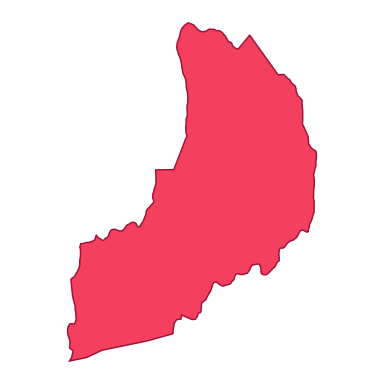 San Isidro, Heredia, Costa Rica (Equal Earth projection)
{"feature_id": "36466004B23001731443143", "entity_name": "San Isidro", "entity_type": "district", "adm_level": 2, "iso_a3": "CRI", "parent_name": "Costa Rica", "parent_adm1": "Heredia", "projection": "equal_earth", "projection_center": [-84.042, 10.03], "detail": "fine", "context": "isolated", "style": "filled", "palette": "rose", "viewbox_px": 384, "rotation_deg": 0, "n_neighbors": 0, "source": "geoboundaries", "source_scale": "gbopen_adm2", "svg_char_len": 5878}
<svg xmlns="http://www.w3.org/2000/svg" viewBox="0 0 384 384"><path d="M249.7,35.2L238.7,48.4L237.1,49.1L235.2,48.1L235.0,47.8L233.1,46.5L232.2,44.8L232.0,43.9L231.3,42.7L230.1,42.0L229.0,42.0L228.4,41.7L227.9,40.5L227.2,39.5L227.2,39.1L226.1,37.9L226.1,37.5L225.1,35.8L224.7,35.6L222.5,32.8L220.8,31.5L220.1,31.3L219.7,30.8L219.0,30.8L218.5,30.6L216.4,30.6L214.0,29.3L209.1,29.2L207.8,30.1L207.4,30.2L206.9,30.6L206.7,30.9L206.0,31.0L205.6,31.5L204.2,31.5L203.6,31.7L201.5,31.7L198.4,30.1L196.9,28.5L195.5,27.2L195.3,26.8L194.7,26.4L193.9,25.2L192.3,24.4L188.7,23.0L187.7,23.0L187.2,23.5L186.9,23.5L185.4,24.9L185.1,24.9L184.6,25.5L184.3,25.6L183.9,26.2L183.6,26.4L182.3,27.9L181.9,29.0L181.4,29.5L180.7,31.4L180.6,32.3L180.2,33.0L180.2,33.5L179.9,34.1L179.9,35.0L179.6,36.2L179.6,36.6L179.2,37.1L178.7,39.0L177.3,42.5L177.3,43.4L177.0,44.0L176.8,47.6L177.1,49.8L177.9,51.7L178.2,53.4L178.8,55.0L179.3,55.7L179.4,56.5L179.9,57.1L179.9,57.5L180.7,60.0L180.8,60.9L181.1,61.7L181.4,63.4L181.8,66.2L181.8,67.1L182.4,69.7L183.0,73.1L183.5,74.7L184.1,75.7L185.5,78.9L186.1,82.0L186.1,83.8L186.3,84.0L186.3,87.7L186.8,89.3L186.8,90.2L187.5,92.1L187.5,93.0L187.8,94.5L187.8,102.3L187.5,104.0L187.2,104.6L187.1,105.5L187.0,108.5L187.1,109.3L187.2,110.6L187.3,111.0L187.3,116.0L187.2,116.4L186.8,117.0L186.8,117.5L186.3,118.3L186.1,119.1L186.1,124.2L185.8,127.2L186.0,133.0L186.7,134.9L187.0,135.1L187.0,136.4L184.9,140.5L184.9,141.0L173.8,169.6L155.7,169.9L156.0,176.7L156.0,182.9L155.8,184.2L154.0,189.9L153.9,191.1L153.4,192.8L153.1,193.1L152.8,194.5L152.8,198.0L153.1,199.3L153.5,200.1L153.7,200.9L153.7,202.1L153.2,202.9L152.8,203.3L151.5,204.8L151.1,205.0L150.8,205.6L149.8,206.6L149.7,207.0L147.8,208.8L147.4,209.5L147.2,209.5L147.2,209.8L146.8,210.1L146.1,211.8L146.0,214.3L145.6,215.3L145.4,215.6L144.7,217.1L144.2,218.9L143.4,220.5L143.4,220.8L141.0,224.5L140.5,225.6L140.3,225.6L139.5,226.8L138.7,226.9L137.5,226.4L136.8,225.4L136.2,223.7L134.5,222.4L131.6,222.4L128.7,224.3L127.6,224.7L126.5,225.6L124.9,228.0L122.1,230.9L120.6,230.9L120.0,231.2L119.2,231.0L118.5,230.5L117.0,230.2L115.4,229.4L112.5,229.4L111.2,230.0L110.6,230.9L110.3,231.2L109.3,233.1L108.4,235.8L108.0,236.7L106.7,237.8L106.4,237.8L105.9,238.2L105.5,238.2L104.8,239.1L103.5,240.4L102.4,240.3L101.2,239.4L98.4,237.8L96.3,235.3L94.7,239.7L94.3,240.3L93.9,240.4L93.4,240.8L91.2,241.7L88.2,242.4L86.9,242.4L86.1,242.7L85.2,242.7L84.8,243.0L82.9,243.6L80.7,243.8L80.4,244.7L80.3,245.8L79.8,246.7L79.9,247.6L80.3,248.4L80.5,250.5L80.5,255.5L80.4,256.6L80.1,258.0L79.7,261.0L79.8,265.3L79.7,265.7L79.5,265.8L79.2,267.3L78.4,269.2L77.2,271.8L76.9,272.4L76.4,272.9L75.7,274.5L75.2,275.1L75.2,275.3L74.3,276.7L71.9,278.3L70.9,279.6L72.6,296.3L75.2,306.3L75.2,309.5L75.7,312.1L75.7,313.0L75.9,313.7L75.9,316.4L76.1,316.8L76.1,319.6L75.9,319.9L75.9,320.4L75.7,320.6L75.7,321.1L75.5,321.3L75.5,321.8L74.5,323.7L73.9,323.9L71.8,323.9L71.6,323.7L70.5,323.7L69.6,324.3L68.6,325.9L67.8,327.8L67.6,333.2L68.0,334.4L68.0,334.9L68.5,336.5L68.8,337.0L69.0,338.3L69.2,338.6L69.9,340.9L69.9,345.9L69.8,346.4L69.5,347.1L69.5,347.6L69.8,348.2L71.5,349.5L72.0,350.0L72.3,350.0L72.7,350.6L73.0,351.2L73.0,352.1L72.1,355.0L71.7,357.1L70.7,359.4L70.5,359.6L70.2,359.6L69.5,361.0L86.6,357.5L102.1,350.2L147.5,340.8L173.0,333.7L173.0,330.5L173.5,328.1L173.7,326.4L174.0,325.5L174.1,324.1L174.4,323.0L175.9,320.9L176.4,319.9L177.2,319.5L180.9,319.1L181.4,317.3L181.6,315.1L192.0,319.5L194.5,319.4L195.7,319.0L196.0,318.3L197.6,315.9L198.1,313.3L198.3,313.1L200.2,312.7L200.4,312.5L200.8,311.6L201.0,311.1L201.3,307.2L201.4,305.2L201.6,303.1L205.9,299.6L206.9,297.3L209.1,293.2L210.0,292.0L210.8,290.6L210.9,289.8L212.4,285.8L212.7,284.2L213.1,283.5L214.1,282.5L215.3,282.1L216.2,282.1L216.3,282.4L217.8,282.9L218.7,283.9L220.9,285.4L222.7,286.1L223.6,286.0L224.7,285.6L225.1,285.6L226.5,284.9L229.1,284.4L231.1,283.0L231.4,282.4L231.4,281.8L232.2,281.4L232.5,281.0L233.4,280.3L234.1,279.1L234.2,278.2L234.7,276.6L235.6,275.0L235.7,274.4L236.4,273.8L237.7,273.8L239.8,274.4L242.3,274.6L243.9,274.3L244.9,273.8L247.4,273.2L249.8,269.7L250.8,267.1L251.7,265.7L253.4,264.7L254.2,264.7L256.4,264.1L258.8,264.1L259.5,264.7L260.1,266.0L260.7,267.8L261.0,269.2L261.0,272.1L261.2,273.2L261.6,273.7L262.2,274.2L264.1,274.8L265.8,274.8L267.9,273.6L269.3,272.4L269.8,271.6L270.0,271.6L270.5,271.1L271.3,270.0L271.5,269.9L273.3,268.1L274.4,267.3L275.8,265.2L276.9,262.6L277.7,261.6L278.7,261.3L279.0,261.0L279.2,260.4L279.2,257.7L278.9,255.3L278.9,253.0L279.3,249.9L279.9,248.6L280.9,248.0L282.8,248.1L283.5,247.9L284.1,247.4L284.9,246.6L286.9,243.8L288.8,242.0L290.0,241.1L293.2,240.1L293.3,239.8L294.3,239.3L296.1,237.8L297.0,236.9L297.6,235.8L298.9,233.4L298.9,233.1L300.1,231.2L300.5,230.7L300.9,230.6L301.4,230.2L303.2,230.2L307.2,232.2L308.2,231.5L308.2,230.4L308.9,227.9L309.3,227.0L309.5,224.8L310.2,222.9L310.9,221.7L311.3,220.8L311.3,220.5L311.6,220.0L311.8,219.3L312.0,219.2L312.0,218.6L312.4,217.7L313.2,214.5L314.0,212.7L314.1,211.9L314.1,200.8L313.6,198.9L313.5,196.4L313.6,195.8L313.6,190.3L314.1,187.3L314.3,186.8L314.3,179.8L314.0,177.3L313.6,176.0L313.6,174.5L313.7,173.7L313.9,173.6L314.5,171.4L314.5,170.8L315.6,166.7L315.8,166.2L315.9,165.1L315.8,161.7L316.2,158.8L316.4,158.0L316.4,154.5L316.2,152.2L315.7,151.1L315.0,150.5L313.2,149.6L312.7,149.1L311.8,148.4L310.8,147.3L309.2,144.6L308.8,144.1L308.5,143.4L308.5,140.7L308.0,136.4L306.7,133.2L306.3,132.5L305.7,130.9L304.2,127.9L304.0,127.0L303.3,126.0L302.5,124.2L302.5,121.9L302.7,121.5L302.7,110.5L302.5,110.2L302.5,108.3L302.3,108.0L302.3,105.7L302.2,105.3L302.2,104.4L302.0,104.0L302.0,100.4L301.8,99.7L298.2,95.9L297.3,94.6L296.3,91.7L296.0,89.6L296.0,88.7L295.5,87.1L295.4,86.6L295.0,86.1L294.8,85.5L293.9,85.0L291.7,83.2L290.3,81.0L290.3,80.5L289.5,79.7L288.0,78.6L284.9,75.7L283.9,74.5L278.0,74.7L249.7,35.2Z" fill="#f43f5e" stroke="#9f1239" stroke-width="1.5"/></svg>